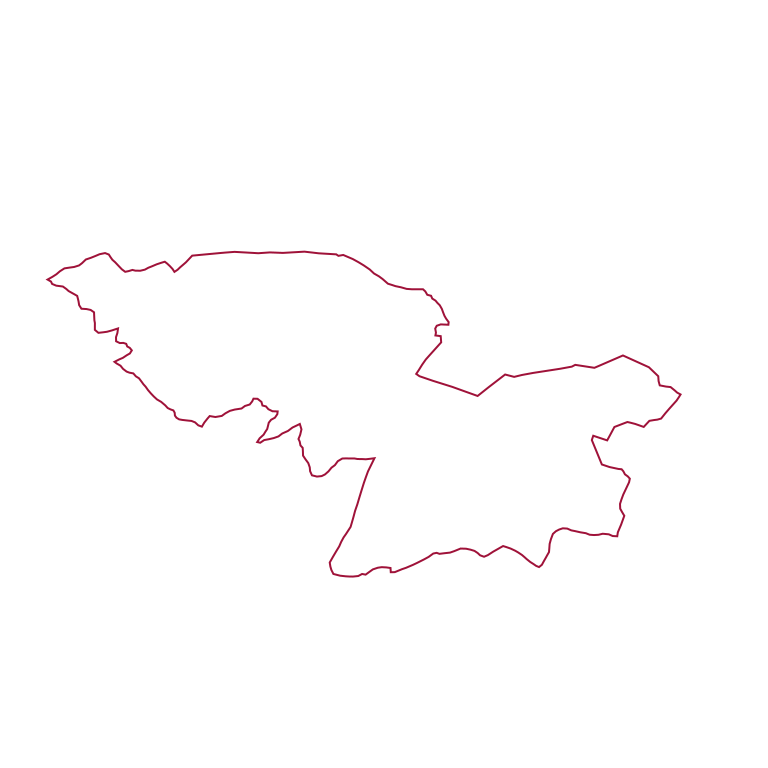 outline of Luanda, Western, Kenya, rotated 247°
{"feature_id": "3690345B72511409589589", "entity_name": "Luanda", "entity_type": "district", "adm_level": 2, "iso_a3": "KEN", "parent_name": "Kenya", "parent_adm1": "Western", "projection": "equal_earth", "projection_center": [34.601, 0.021], "detail": "fine", "context": "isolated", "style": "outline", "palette": "rose", "viewbox_px": 768, "rotation_deg": 247, "n_neighbors": 0, "source": "geoboundaries", "source_scale": "gbopen_adm2", "svg_char_len": 4822}
<svg xmlns="http://www.w3.org/2000/svg" viewBox="0 0 768 768"><g transform="rotate(247 384 384)"><path d="M240.9,264.3L236.9,263.3L233.3,262.9L228.9,263.2L224.7,268.7L222.0,273.5L220.6,276.3L218.9,280.1L217.3,285.3L217.7,289.6L215.7,292.6L216.6,296.4L217.7,301.3L217.3,306.5L216.3,310.3L214.3,314.4L212.1,318.1L208.1,316.7L206.6,320.4L206.5,328.3L206.2,332.4L206.2,340.0L206.4,344.7L206.9,352.3L207.4,357.5L208.7,363.1L208.0,366.5L206.0,368.7L204.6,373.6L203.0,378.9L202.7,383.4L202.6,390.2L200.3,395.2L197.7,398.9L195.0,402.1L191.8,404.2L188.8,405.5L185.9,408.6L185.9,412.7L187.0,419.0L188.3,430.3L186.0,433.0L183.1,436.2L179.3,439.6L176.5,441.7L172.7,444.2L169.7,445.7L167.1,446.9L163.0,449.1L160.1,451.1L157.1,453.0L154.9,455.2L155.9,458.7L158.6,462.1L160.8,465.0L162.6,467.3L164.8,470.2L168.2,472.0L172.1,474.0L175.9,477.0L180.0,480.9L181.3,484.7L181.6,488.4L181.3,492.2L179.3,496.2L176.1,499.2L174.0,502.3L170.7,506.9L167.8,511.5L164.9,514.4L162.9,518.3L161.4,522.5L160.7,526.8L157.8,532.2L154.7,535.1L152.7,539.2L156.1,541.3L159.1,544.4L161.9,547.3L168.8,553.7L173.2,553.1L176.9,552.7L181.4,554.4L185.1,557.6L188.8,561.1L197.8,571.2L200.8,573.3L203.7,572.3L206.7,570.5L210.2,570.2L212.7,569.4L214.2,566.6L219.4,559.2L224.8,553.1L251.2,553.4L254.6,556.4L244.9,567.4L247.9,571.2L254.4,579.3L254.1,588.3L253.9,593.2L252.1,595.7L249.1,599.6L246.2,602.8L243.0,606.3L246.4,613.9L245.3,618.5L244.4,621.7L243.9,625.6L247.1,631.5L249.9,637.2L254.4,646.8L256.6,650.2L258.5,652.9L261.5,650.5L264.5,649.1L269.2,646.6L271.5,642.5L275.0,637.3L279.4,637.9L284.0,639.5L295.9,634.4L316.9,615.1L316.7,588.6L316.7,584.0L326.9,567.5L326.6,563.7L329.2,552.1L335.9,525.7L338.4,514.5L339.7,506.6L345.4,499.2L340.2,479.2L336.4,465.5L343.5,457.8L354.7,445.7L367.8,430.3L377.3,419.7L380.7,417.6L383.1,421.3L386.9,426.7L390.2,432.0L392.3,436.4L400.0,452.9L405.9,454.9L408.6,450.3L411.0,451.9L415.0,452.8L417.0,455.3L416.7,459.5L413.4,466.4L415.7,467.7L419.9,466.7L423.2,466.3L426.9,466.4L430.5,466.6L434.7,466.1L437.9,464.8L440.6,464.0L443.8,461.8L446.8,461.8L449.2,458.7L453.1,458.2L456.0,456.9L460.3,446.7L462.7,442.0L466.4,437.4L469.6,432.8L471.9,430.2L474.8,426.8L481.2,423.7L485.1,421.4L489.6,418.0L495.0,415.6L501.1,411.7L506.1,408.1L511.2,404.1L518.7,396.9L519.8,392.1L522.0,390.7L529.8,375.0L536.9,362.5L539.8,354.4L544.2,342.1L545.8,338.7L549.7,330.4L553.5,319.4L564.0,298.1L566.9,289.5L568.4,284.9L577.1,257.6L575.2,253.3L573.4,249.2L572.3,245.8L571.1,242.0L569.8,238.6L569.1,234.9L572.5,234.3L576.1,233.0L579.7,231.4L582.2,230.0L582.6,226.5L583.0,221.5L583.0,216.0L583.1,212.5L582.7,208.6L583.5,203.9L585.5,199.4L587.3,197.0L587.7,193.1L588.4,189.6L592.0,187.5L596.5,185.8L601.1,184.1L604.5,182.5L607.7,181.8L610.7,181.3L613.5,178.4L614.6,172.9L614.6,168.4L614.7,163.4L615.1,158.2L613.2,153.2L612.3,149.6L612.8,144.5L614.1,139.7L615.3,135.0L614.4,129.7L613.0,125.3L612.2,120.6L611.6,115.1L608.4,117.5L605.8,117.6L602.6,120.7L599.2,126.5L595.6,128.7L592.8,130.0L589.7,132.4L587.5,134.1L585.0,136.0L582.3,135.6L579.4,135.1L575.7,134.2L571.5,134.9L569.2,139.5L566.8,142.9L563.3,145.1L559.3,143.6L555.8,142.3L553.1,141.7L550.1,140.4L546.8,139.0L542.7,141.1L541.3,145.8L540.3,149.5L539.6,154.7L539.1,160.9L535.1,158.5L531.8,155.6L528.0,154.1L524.9,156.8L523.7,160.1L521.7,162.4L518.9,162.3L516.6,164.1L513.5,165.0L511.4,162.0L511.0,158.5L510.1,153.8L510.1,150.0L509.7,144.6L507.4,145.9L503.8,148.6L499.9,149.7L496.0,151.9L493.9,154.1L491.7,157.4L488.0,158.6L485.0,160.7L480.6,161.8L477.9,162.4L474.7,163.5L470.6,164.4L466.5,165.7L462.5,167.2L458.5,169.0L454.6,171.9L449.8,174.3L446.4,175.5L444.1,177.5L442.0,179.8L439.4,180.1L436.6,179.2L434.0,179.8L431.5,181.6L429.8,184.2L427.3,188.6L425.2,192.4L422.5,195.1L418.5,196.9L415.9,199.7L418.7,203.5L421.2,208.1L422.6,211.0L419.5,215.9L418.0,222.2L419.0,226.6L419.5,231.6L418.8,236.6L417.1,243.3L418.1,247.4L417.6,252.4L419.5,255.9L421.5,258.1L419.8,261.8L415.4,264.2L411.7,263.7L409.5,266.6L406.0,267.7L402.5,270.7L400.3,275.4L397.9,274.0L395.6,270.4L395.2,266.1L393.4,262.8L391.1,261.1L388.2,258.9L386.3,256.0L384.4,253.4L382.6,248.3L380.1,244.6L378.3,247.1L379.2,251.8L378.2,256.3L377.3,261.4L377.0,266.4L378.2,271.0L378.3,277.2L379.7,282.8L379.9,287.4L380.1,290.9L374.5,290.3L370.0,287.0L366.8,283.8L363.9,283.9L360.1,283.1L357.0,284.2L354.1,283.2L349.7,281.5L345.4,282.3L340.8,283.4L336.3,283.1L332.6,281.9L328.1,282.0L325.0,286.1L323.6,290.6L323.8,294.3L325.3,298.8L327.5,303.0L328.5,307.1L331.0,311.3L331.7,316.5L330.4,319.9L328.8,323.4L327.0,327.7L325.3,330.3L323.5,334.4L321.8,337.9L320.6,341.9L319.4,346.2L309.8,335.1L305.3,330.9L300.9,326.9L294.9,321.8L289.3,317.1L283.6,312.4L278.5,307.8L273.6,304.0L268.9,300.2L265.5,297.4L263.2,294.0L260.7,290.3L258.6,286.9L255.4,282.9L252.0,279.3L248.5,274.4L244.8,269.4L240.9,264.3Z" fill="none" stroke="#9f1239" stroke-width="2"/></g></svg>